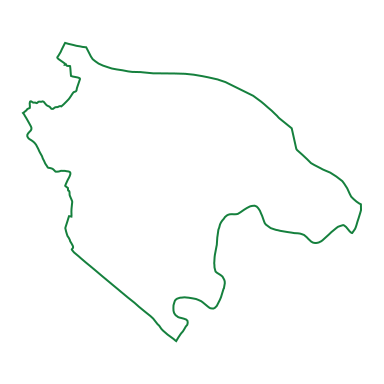 Mang Thit, Vĩnh Long, Vietnam (orthographic projection)
{"feature_id": "81297802B20675443699466", "entity_name": "Mang Thit", "entity_type": "district", "adm_level": 2, "iso_a3": "VNM", "parent_name": "Vietnam", "parent_adm1": "Vĩnh Long", "projection": "orthographic", "projection_center": [106.063, 10.182], "detail": "fine", "context": "isolated", "style": "outline", "palette": "green", "viewbox_px": 384, "rotation_deg": 0, "n_neighbors": 0, "source": "geoboundaries", "source_scale": "gbopen_adm2", "svg_char_len": 5519}
<svg xmlns="http://www.w3.org/2000/svg" viewBox="0 0 384 384"><path d="M86.2,47.3L82.4,46.9L80.2,46.4L76.4,45.8L73.0,44.9L68.6,43.9L65.1,42.9L64.8,43.4L64.1,44.8L61.8,49.4L60.7,51.9L58.5,55.6L57.6,56.8L57.3,57.4L57.5,58.0L57.7,58.3L58.7,59.2L62.4,61.8L63.7,62.7L64.8,63.5L65.0,63.8L64.8,64.5L64.7,64.8L64.8,64.8L65.3,64.6L66.0,64.4L66.4,65.3L67.0,65.8L67.4,65.9L69.9,66.0L70.1,66.2L70.3,68.0L70.4,68.9L70.8,74.1L71.0,75.9L72.6,76.5L74.3,76.8L77.8,77.5L79.4,78.1L79.8,78.4L80.0,79.0L79.6,80.2L79.1,81.7L77.6,86.1L76.9,88.2L76.5,90.4L76.0,91.2L75.5,91.5L74.7,91.8L73.6,92.2L72.5,93.6L71.1,95.8L69.4,98.3L68.7,99.2L66.7,101.3L63.6,104.4L61.3,106.4L61.0,106.3L60.4,106.1L59.2,106.3L58.3,106.8L57.4,107.1L56.6,107.1L55.8,107.2L55.2,107.3L54.3,107.9L53.3,108.7L52.9,108.9L52.4,108.9L51.8,108.9L51.3,108.7L50.6,107.9L50.1,107.2L49.3,106.6L48.8,106.3L48.0,106.0L47.2,105.6L46.4,105.0L45.0,103.4L44.1,102.2L43.5,101.7L42.9,101.5L42.4,101.4L41.7,101.7L40.9,101.8L40.3,101.7L39.6,101.7L39.0,101.7L38.4,101.8L37.8,102.4L37.2,102.9L36.7,103.1L36.1,103.0L35.7,102.7L35.1,102.6L34.2,102.6L33.2,102.6L32.7,102.4L32.2,102.0L31.5,101.6L31.0,101.3L30.7,101.3L30.4,101.4L30.1,101.6L30.0,101.9L29.7,103.2L29.7,103.8L29.8,104.9L29.9,106.9L29.8,107.4L29.8,107.9L29.5,108.1L29.0,108.3L28.3,108.6L27.7,108.9L27.3,109.2L26.8,109.6L26.5,110.3L26.1,110.6L25.4,111.1L24.4,112.0L23.0,113.0L24.0,114.2L24.9,115.9L25.8,117.3L26.7,118.8L27.2,119.7L28.1,121.3L30.2,125.1L30.9,126.4L31.3,127.4L31.4,127.9L31.4,128.5L31.4,129.1L31.0,130.1L30.5,130.8L29.5,131.8L28.1,133.4L27.6,134.3L27.4,134.6L27.3,135.1L27.3,135.4L27.3,135.6L27.3,135.9L27.3,136.2L27.4,136.6L28.4,138.2L28.8,138.6L29.9,139.4L31.4,140.3L32.8,141.3L34.0,142.3L35.1,143.5L36.1,144.8L37.2,146.9L38.3,149.0L39.2,151.1L40.2,153.0L42.0,156.2L42.8,158.5L44.0,160.8L44.5,161.9L45.1,163.3L45.9,164.6L46.7,165.7L47.3,166.7L47.8,167.5L48.5,167.8L49.9,168.0L51.1,168.3L52.0,168.6L52.6,168.9L53.3,169.4L54.3,170.4L55.0,171.1L55.5,171.6L56.1,171.7L56.8,171.7L58.8,171.5L61.1,170.8L62.5,170.9L65.0,170.9L66.5,171.2L67.3,171.3L68.7,171.5L69.5,171.9L70.0,172.2L70.3,172.8L70.4,173.9L70.1,174.9L69.7,176.1L69.0,177.6L67.7,180.0L66.0,183.7L65.2,185.8L65.4,186.1L66.7,187.1L67.9,188.0L68.0,189.1L68.0,189.8L68.1,190.3L68.4,190.7L68.9,190.8L69.2,191.2L69.3,191.5L69.5,192.1L69.6,194.3L69.6,194.9L70.0,196.1L71.5,199.6L72.1,201.1L72.2,201.6L72.2,202.4L72.0,204.0L71.5,209.0L71.4,211.5L71.5,215.1L71.5,215.6L71.4,216.6L70.1,216.3L69.0,216.2L68.3,218.4L67.7,220.4L66.4,224.5L65.6,227.0L65.3,228.1L66.1,231.5L66.8,233.9L67.5,236.0L68.8,237.9L69.8,239.9L70.2,241.3L71.6,243.6L72.4,245.1L72.9,246.1L73.1,247.0L73.0,247.8L71.8,249.4L72.2,250.2L74.0,252.4L78.8,256.4L80.8,258.2L85.6,262.3L86.7,263.2L94.8,269.9L102.6,276.5L113.3,285.4L117.9,289.2L121.2,292.0L127.6,297.3L134.4,302.7L139.0,306.8L145.1,311.8L150.5,316.1L153.2,318.6L157.5,324.1L159.2,325.7L161.3,328.8L163.0,330.6L167.6,334.6L169.8,336.2L173.5,338.9L175.5,340.6L176.2,341.1L178.2,337.7L180.2,334.7L181.1,333.4L182.9,331.4L184.3,329.1L185.8,326.5L187.2,324.9L187.3,324.7L187.7,322.8L187.6,321.7L187.4,320.7L186.1,319.5L183.9,318.7L181.3,318.0L179.2,317.5L177.8,316.9L177.0,316.2L175.7,315.3L174.6,313.8L174.0,312.7L173.5,310.7L173.4,308.0L173.5,305.3L174.4,302.2L175.0,300.5L176.2,299.3L177.1,298.7L178.5,298.2L180.1,297.7L181.9,297.6L183.5,297.4L184.9,297.3L185.4,297.4L186.3,297.5L188.6,297.7L192.3,298.3L196.0,299.0L198.3,299.9L201.2,301.2L202.7,302.3L207.9,306.6L209.5,307.8L210.3,308.2L211.4,308.4L212.5,308.5L213.5,308.5L214.8,307.9L216.8,305.9L219.9,299.8L221.0,297.2L223.3,289.6L223.6,288.7L223.9,288.4L224.8,283.3L224.7,281.3L224.2,279.7L222.5,276.6L221.2,275.5L219.9,274.6L218.3,273.6L217.0,272.8L215.6,271.6L215.4,271.0L214.5,267.5L214.4,264.9L214.2,263.0L214.3,262.2L214.6,257.1L214.9,254.7L215.1,253.7L216.5,246.3L216.8,244.9L217.3,237.3L217.5,236.1L218.4,229.7L219.2,227.6L220.0,224.5L221.0,222.4L222.3,220.5L223.8,218.8L225.0,217.0L225.3,216.8L226.8,215.5L228.1,214.8L229.8,214.3L231.4,214.2L232.7,214.2L234.2,214.3L236.2,214.2L237.8,213.9L240.4,212.3L244.0,209.8L246.9,208.0L249.6,206.6L250.3,206.3L252.2,205.9L254.7,205.7L255.0,205.9L255.8,206.2L256.6,206.5L257.5,207.4L258.3,208.3L259.9,210.7L261.1,213.6L262.1,215.8L264.1,221.5L264.8,223.2L265.9,224.6L268.6,226.6L270.7,228.1L273.9,229.2L276.1,229.9L277.8,230.2L280.1,230.8L287.2,232.0L291.4,232.6L294.3,233.1L297.9,233.3L300.1,233.6L301.7,234.1L302.8,234.5L304.1,235.0L306.7,237.2L307.0,237.5L308.3,238.9L311.2,241.6L313.0,242.6L314.4,242.9L315.7,243.0L316.9,242.9L318.7,242.5L321.3,241.2L322.5,240.3L328.9,234.5L331.7,231.8L331.9,231.7L336.5,227.9L338.0,226.8L339.9,226.1L342.1,225.4L343.1,225.1L343.6,225.2L344.2,225.5L346.1,227.0L349.8,231.5L351.5,232.9L352.2,233.0L353.4,231.3L355.0,229.0L355.7,227.4L356.5,225.0L357.5,221.5L358.6,218.2L360.4,212.3L361.0,210.1L361.0,209.6L360.9,204.3L359.1,203.4L356.5,201.6L353.5,199.0L351.2,196.7L349.7,193.8L347.2,188.3L344.1,183.5L342.3,181.1L336.3,176.5L330.2,172.6L324.5,170.2L322.7,169.4L320.7,168.3L314.3,165.0L311.0,163.1L307.1,159.2L302.4,154.8L297.1,150.1L296.3,148.9L292.5,131.8L291.7,128.3L279.2,118.2L278.3,117.3L277.0,115.8L274.9,113.8L271.6,110.6L267.7,107.3L264.2,104.2L261.2,101.7L253.2,95.8L228.3,83.5L225.5,82.1L218.6,79.8L217.9,79.5L208.1,77.3L202.6,76.2L193.8,74.7L185.1,73.8L175.0,73.5L164.8,73.4L152.9,73.3L142.5,72.3L140.7,72.1L132.2,71.9L128.2,71.4L122.6,70.3L116.6,69.4L111.8,68.5L108.4,67.4L103.0,65.6L98.6,63.6L95.2,61.2L92.7,59.2L90.9,56.5L88.1,51.0L86.2,47.3Z" fill="none" stroke="#15803d" stroke-width="2"/></svg>